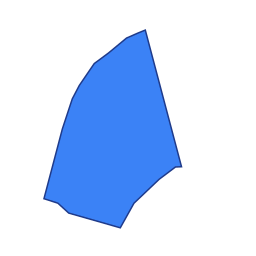 outline of 40, Ad Dawhah, Qatar, rotated 107°
{"feature_id": "91078587B42486259491848", "entity_name": "40", "entity_type": "district", "adm_level": 2, "iso_a3": "QAT", "parent_name": "Qatar", "parent_adm1": "Ad Dawhah", "projection": "albers", "projection_center": [51.511, 25.262], "detail": "fine", "context": "isolated", "style": "filled", "palette": "blue", "viewbox_px": 256, "rotation_deg": 107, "n_neighbors": 0, "source": "geoboundaries", "source_scale": "gbopen_adm2", "svg_char_len": 378}
<svg xmlns="http://www.w3.org/2000/svg" viewBox="0 0 256 256"><g transform="rotate(107 128 128)"><path d="M29.3,140.1L34.5,146.5L42.4,155.7L62.0,168.6L76.2,179.1L101.5,187.0L116.4,189.8L148.0,190.5L220.2,187.7L220.2,186.9L220.4,173.1L226.7,159.8L225.7,106.2L198.2,100.3L167.9,83.2L151.4,71.2L149.4,65.5L29.3,140.1Z" fill="#3b82f6" stroke="#1e3a8a" stroke-width="1.5"/></g></svg>